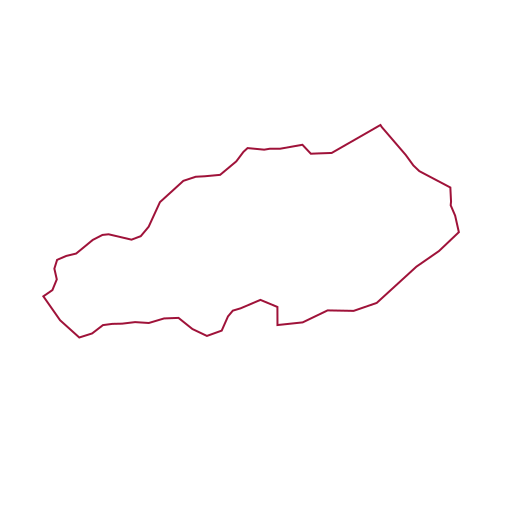 an SVG outline of Guria, rotated 147°
{"feature_id": "GEO-3028", "entity_name": "Guria", "entity_type": "Region", "adm_level": 1, "iso_a3": "GEO", "parent_name": "Georgia", "parent_adm1": "", "projection": "orthographic", "projection_center": [42.215, 41.976], "detail": "fine", "context": "isolated", "style": "outline", "palette": "rose", "viewbox_px": 512, "rotation_deg": 147, "n_neighbors": 0, "source": "natural_earth", "source_scale": "10m", "svg_char_len": 947}
<svg xmlns="http://www.w3.org/2000/svg" viewBox="0 0 512 512"><g transform="rotate(147 256 256)"><path d="M384.2,358.4L373.3,357.3L367.8,354.5L351.5,337.5L341.8,335.4L330.1,339.0L307.2,353.5L283.8,357.3L276.0,358.6L263.4,355.3L255.6,350.8L241.9,343.6L221.0,346.1L210.3,350.0L209.7,350.2L204.3,351.1L191.2,340.7L185.9,338.4L177.5,332.9L156.5,324.0L154.3,311.9L147.7,308.0L136.4,301.2L80.3,298.1L80.3,295.6L75.4,259.3L74.7,246.2L72.8,238.2L55.7,207.6L62.8,195.4L65.1,192.5L67.0,181.4L72.9,165.5L99.9,160.5L127.3,159.7L180.3,150.9L204.0,156.8L225.6,171.4L253.0,174.9L275.6,186.4L265.8,201.6L276.2,216.8L297.4,220.5L305.2,222.8L312.4,220.6L325.4,212.1L340.7,215.7L349.1,229.4L354.7,246.3L367.1,253.7L382.4,258.2L393.4,266.4L405.2,272.2L413.4,277.3L422.0,281.4L435.6,280.3L448.6,283.9L455.3,308.8L456.3,338.0L445.3,338.3L435.8,344.9L432.0,355.2L424.9,361.1L415.1,359.4L405.5,356.0L384.2,358.4Z" fill="none" stroke="#9f1239" stroke-width="2"/></g></svg>